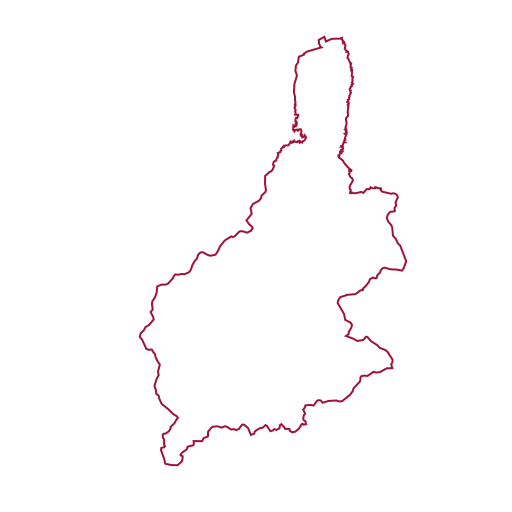 Lejanías, Meta, Colombia, rotated 248°
{"feature_id": "7082276B92663278655025", "entity_name": "Lejanías", "entity_type": "district", "adm_level": 2, "iso_a3": "COL", "parent_name": "Colombia", "parent_adm1": "Meta", "projection": "orthographic", "projection_center": [-74.051, 3.626], "detail": "fine", "context": "isolated", "style": "outline", "palette": "rose", "viewbox_px": 512, "rotation_deg": 248, "n_neighbors": 0, "source": "geoboundaries", "source_scale": "gbopen_adm2", "svg_char_len": 6102}
<svg xmlns="http://www.w3.org/2000/svg" viewBox="0 0 512 512"><g transform="rotate(248 256 256)"><path d="M94.6,111.4L97.8,113.0L99.3,111.5L100.2,111.6L101.6,114.5L102.6,119.3L104.8,121.2L104.0,127.0L105.3,128.1L107.8,128.8L104.5,136.7L106.7,139.1L106.8,143.9L111.0,145.7L113.5,150.2L113.8,152.2L112.5,156.6L109.8,159.7L109.8,163.5L108.3,165.2L104.5,167.8L103.8,170.7L102.0,172.3L102.1,175.5L104.6,179.5L104.7,180.8L103.3,182.2L99.2,184.3L92.0,184.2L92.0,187.9L93.7,189.0L94.5,192.0L94.9,195.7L94.3,198.0L95.7,201.5L94.3,202.5L88.2,203.7L87.9,206.2L88.7,208.1L87.1,209.7L87.4,213.1L90.2,214.9L90.6,216.5L86.9,218.0L84.9,218.1L83.2,222.3L81.4,221.8L79.0,223.5L78.4,226.5L79.8,231.1L83.0,235.4L83.0,236.3L81.8,237.0L81.3,239.4L84.1,239.9L86.4,238.6L87.3,238.8L90.3,240.5L91.4,242.5L95.8,242.2L97.5,244.8L99.0,245.9L97.7,250.3L95.8,253.4L98.7,258.1L99.0,259.8L97.7,262.0L95.0,262.8L94.4,269.1L92.0,276.2L89.8,278.9L89.2,281.7L92.1,291.2L94.4,295.0L96.8,296.9L100.6,305.2L102.4,306.6L104.0,307.1L105.1,308.7L104.5,311.7L103.0,314.5L104.6,321.6L102.8,324.0L101.9,327.4L102.9,335.3L100.9,340.3L105.0,340.8L106.3,342.6L108.6,343.8L118.0,342.0L120.4,340.7L124.4,336.4L127.9,335.0L134.0,330.7L139.0,329.0L139.9,328.1L139.8,327.2L138.4,325.4L138.0,323.5L139.4,317.9L142.5,315.6L148.1,309.5L148.9,312.6L151.1,313.7L153.6,317.3L156.0,319.1L158.6,318.8L163.4,314.8L169.3,315.9L181.7,314.1L183.8,315.3L186.2,318.5L185.8,326.1L183.6,333.3L183.7,335.5L185.0,339.8L184.5,342.5L185.7,343.0L187.4,347.2L189.8,351.2L191.8,352.9L192.3,356.2L190.7,358.0L190.5,359.6L192.6,361.2L194.4,365.0L196.1,366.3L197.2,368.9L196.9,371.1L193.4,375.5L190.5,381.8L187.7,385.9L189.4,388.4L194.9,393.3L211.7,393.6L214.5,392.3L219.5,392.0L223.6,390.6L231.4,393.0L234.3,392.9L238.2,391.5L242.3,391.5L245.1,393.8L246.7,397.2L245.6,400.5L245.7,401.6L248.6,402.4L250.4,405.0L253.3,405.4L257.2,409.4L259.6,409.7L261.7,408.4L262.8,406.6L263.1,404.6L268.4,397.1L270.8,396.3L271.3,397.1L272.0,397.1L272.8,395.2L275.1,392.5L274.1,392.0L275.0,389.6L276.7,388.1L276.1,387.8L276.1,386.7L275.4,386.1L276.6,383.7L274.3,379.3L276.0,377.5L276.8,372.2L278.9,367.2L279.5,368.1L280.0,367.3L281.8,368.6L283.2,368.1L285.6,369.0L289.7,374.1L292.0,374.3L293.8,373.1L297.3,372.9L297.8,373.8L300.1,374.4L299.5,375.1L300.0,375.7L299.3,376.1L299.7,376.6L303.8,374.4L309.3,372.6L312.1,372.3L316.6,369.6L318.2,370.0L317.6,370.8L320.3,372.5L319.8,373.1L321.0,373.2L320.1,374.3L322.1,374.7L321.5,375.5L322.5,375.3L322.7,376.9L324.3,377.1L325.0,376.2L325.0,377.2L326.0,376.8L325.8,377.6L328.4,379.7L328.1,381.0L328.8,380.5L329.8,380.9L330.4,381.6L330.3,382.4L331.5,382.3L334.6,384.9L335.7,384.3L335.4,385.3L336.0,385.2L336.4,386.2L337.4,385.6L338.1,386.1L337.4,386.6L338.9,387.0L340.0,385.9L340.7,387.4L341.8,387.2L344.9,389.7L349.0,390.5L350.4,391.6L351.3,393.6L353.2,394.6L355.1,394.8L358.2,396.8L359.3,397.0L359.8,397.8L361.6,397.6L361.8,398.6L362.6,399.1L364.4,398.3L364.3,399.5L366.3,399.6L366.6,401.3L368.0,401.5L368.5,402.4L369.4,402.4L371.8,405.2L372.8,404.8L373.9,405.8L374.6,405.2L376.1,405.6L376.6,406.9L377.6,407.4L377.8,408.7L379.1,408.9L379.3,410.5L381.2,409.9L381.7,411.0L384.2,411.7L385.6,413.1L386.8,412.1L392.4,414.8L392.5,413.8L394.0,414.3L394.7,415.3L396.0,414.4L397.7,415.6L398.6,415.4L399.1,416.3L400.2,415.6L404.8,415.5L405.4,415.0L407.3,416.1L407.9,417.3L409.8,417.8L410.8,417.7L411.3,416.6L411.7,417.3L412.5,416.4L415.2,416.0L417.4,417.7L420.0,417.7L420.4,416.7L421.4,417.9L422.2,417.6L422.2,416.8L423.7,417.2L424.7,416.6L426.0,417.4L426.1,415.3L429.0,407.6L428.7,401.2L433.6,401.5L432.8,395.1L429.3,394.0L426.1,394.1L424.9,394.9L426.4,380.3L425.7,376.2L424.7,375.9L424.7,370.4L419.6,367.3L417.5,364.3L412.9,361.9L408.0,361.6L401.0,356.0L393.3,352.4L388.9,351.8L385.9,350.5L383.5,350.2L381.8,348.7L381.4,349.3L380.7,349.1L379.2,347.3L376.3,347.4L375.6,346.5L373.2,346.1L372.4,345.3L371.2,347.9L370.6,347.9L368.4,345.8L369.1,345.0L368.3,344.0L366.2,343.0L365.7,343.7L364.2,343.8L361.8,342.4L361.5,341.8L362.9,341.7L361.7,340.9L361.5,340.0L362.9,339.5L359.3,337.7L358.6,338.7L358.1,338.1L357.1,338.3L358.0,339.3L358.0,340.4L357.8,341.5L356.4,341.8L357.3,343.5L356.8,344.9L355.1,345.0L352.7,343.8L352.2,342.9L351.2,342.7L351.0,343.6L350.5,342.9L349.6,343.9L348.7,343.4L348.5,345.4L349.6,346.3L347.3,346.8L345.9,345.6L344.9,343.8L344.8,342.4L343.9,341.4L344.7,340.9L344.6,338.9L345.4,338.8L345.8,340.0L346.5,339.7L346.2,338.9L346.8,338.1L346.1,336.7L347.5,335.1L347.5,333.4L348.6,334.0L347.9,331.6L348.9,331.6L349.2,331.0L347.9,330.8L348.1,329.7L346.8,328.1L346.6,327.1L347.6,324.3L346.6,322.8L347.5,322.7L345.9,319.5L344.4,319.0L344.4,318.2L343.3,317.4L343.3,314.7L341.7,314.8L340.3,313.4L339.3,313.2L339.1,312.1L336.9,310.3L337.2,309.5L336.4,307.4L334.1,305.9L332.8,306.7L329.7,303.5L328.8,301.5L328.8,299.1L328.2,298.6L326.8,294.5L319.5,291.4L313.7,290.0L312.0,289.0L309.8,283.7L307.8,282.3L306.1,279.5L305.4,272.9L302.4,268.8L296.7,267.8L292.6,260.5L288.1,261.5L284.4,263.4L282.5,263.1L282.0,261.6L281.3,261.2L281.0,256.4L283.8,253.1L284.8,250.8L284.8,249.2L282.3,243.9L282.3,241.4L283.4,240.5L282.4,234.2L281.8,232.3L278.4,226.3L274.6,222.2L272.4,218.9L273.3,213.9L274.8,211.9L279.4,208.1L280.1,205.7L278.8,202.8L275.6,200.2L274.7,197.9L271.7,193.9L267.8,190.6L266.0,187.6L265.9,182.6L267.2,180.5L267.7,177.1L269.2,174.3L268.2,172.3L266.6,170.8L263.3,164.0L263.4,161.4L264.9,157.5L264.8,153.0L259.3,150.2L255.4,146.7L252.6,142.7L250.1,141.4L245.1,140.2L243.5,137.3L238.1,137.8L235.5,137.4L232.1,131.0L231.5,126.9L229.0,124.0L227.6,120.3L224.5,117.9L221.0,119.1L211.0,119.5L209.0,121.6L208.6,123.9L207.7,124.6L206.3,124.5L202.7,125.6L200.1,125.0L196.3,125.2L191.2,126.1L185.4,121.7L182.1,121.2L179.4,117.9L173.6,113.2L169.0,112.9L165.7,111.9L163.1,113.4L160.0,112.9L154.3,113.1L146.8,117.3L140.5,120.0L137.1,122.5L135.0,122.9L134.0,120.8L131.5,117.7L129.6,113.0L127.5,111.6L126.1,109.3L125.2,105.8L125.8,103.6L125.2,102.5L122.3,101.6L120.6,102.0L117.5,101.1L115.7,100.0L113.8,100.4L113.1,99.0L113.5,96.3L111.7,95.2L101.2,94.8L98.7,94.1L97.2,94.3L94.0,99.0L91.4,104.8L93.2,110.0L94.6,111.4Z" fill="none" stroke="#9f1239" stroke-width="2"/></g></svg>